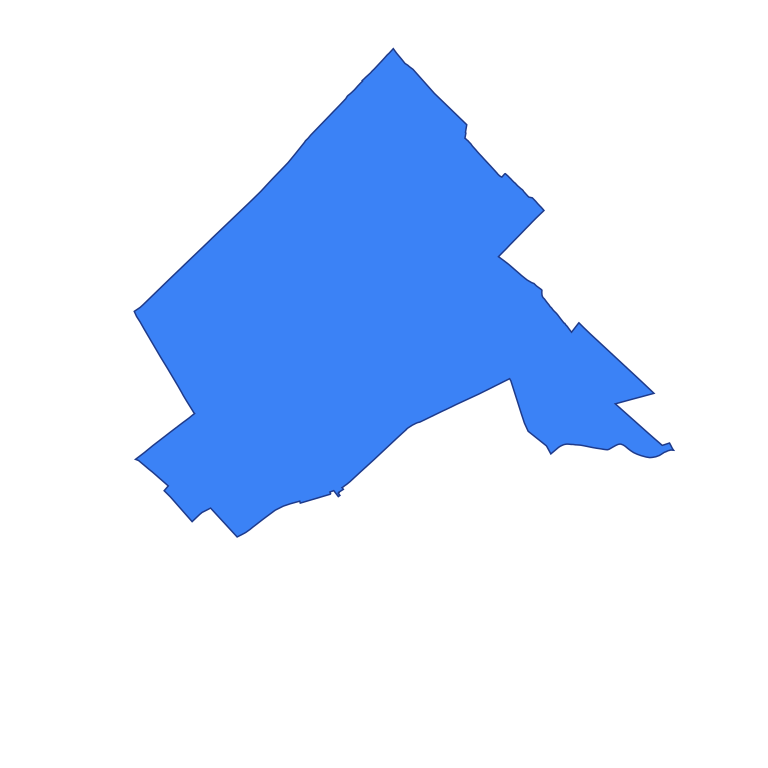 Tulucesti, Galati, Romania (Albers equal-area conic projection), rotated 48°
{"feature_id": "2599482B61221662253348", "entity_name": "Tulucesti", "entity_type": "district", "adm_level": 2, "iso_a3": "ROU", "parent_name": "Romania", "parent_adm1": "Galati", "projection": "albers", "projection_center": [28.035, 45.59], "detail": "fine", "context": "isolated", "style": "filled", "palette": "blue", "viewbox_px": 768, "rotation_deg": 48, "n_neighbors": 0, "source": "geoboundaries", "source_scale": "gbopen_adm2", "svg_char_len": 4178}
<svg xmlns="http://www.w3.org/2000/svg" viewBox="0 0 768 768"><g transform="rotate(48 384 384)"><path d="M547.6,306.8L547.6,306.1L547.7,303.8L547.8,300.4L547.9,296.8L548.2,294.7L548.8,292.6L549.4,290.9L550.2,289.5L551.1,288.2L552.7,286.6L553.9,285.6L555.5,283.9L557.3,282.4L558.5,281.2L560.8,279.0L563.5,276.9L566.6,274.6L570.8,271.5L574.1,268.9L577.7,265.9L579.4,264.6L580.7,263.5L581.8,262.5L582.6,261.6L583.1,260.4L583.4,259.0L584.1,255.7L584.8,252.7L585.5,250.5L586.4,249.0L587.3,248.1L589.5,247.0L591.8,246.4L595.4,245.9L598.6,245.3L602.0,244.4L605.5,242.9L609.4,240.8L613.6,238.1L616.5,235.8L618.1,233.7L620.0,230.6L621.4,227.1L621.7,225.4L622.1,223.0L622.3,221.5L623.0,219.8L623.6,217.7L625.0,215.0L627.0,213.1L626.0,213.0L624.7,212.8L621.8,212.0L618.9,211.3L615.8,218.3L603.7,219.8L598.5,220.4L553.5,225.4L561.6,209.3L565.8,201.1L571.6,189.6L555.1,190.9L484.7,197.2L476.2,197.8L468.9,198.2L468.9,198.4L471.0,210.0L465.5,209.5L464.0,209.3L462.8,209.3L461.9,209.4L461.6,209.3L461.2,209.3L460.2,209.1L459.8,209.1L459.4,209.4L458.4,209.4L456.6,209.3L452.6,209.0L451.4,208.9L449.5,208.7L448.0,208.6L446.2,208.6L445.0,208.7L443.7,208.8L442.7,208.8L441.4,208.8L440.1,208.6L438.9,208.6L437.4,208.8L436.4,208.5L432.5,208.3L428.4,207.9L427.9,207.9L426.2,208.0L425.0,207.7L423.8,207.2L421.7,205.6L420.0,203.9L419.3,203.8L413.1,205.1L409.6,205.3L408.6,205.9L407.3,206.5L403.8,207.6L402.7,208.0L401.4,208.2L400.4,208.4L395.4,209.2L378.4,211.3L370.4,212.8L369.7,213.0L367.4,213.4L366.0,213.8L365.9,212.9L365.5,206.4L365.4,203.7L364.9,197.8L363.9,181.8L363.4,174.9L363.1,169.5L362.8,165.7L362.5,160.5L362.1,149.0L357.9,148.9L356.4,149.0L352.7,149.1L349.9,149.0L344.9,149.2L342.0,151.3L340.4,151.4L334.2,151.4L333.5,151.2L332.5,151.2L331.6,151.3L330.8,151.5L325.9,152.1L322.5,152.1L321.7,152.3L320.9,152.4L320.6,152.4L318.6,152.5L316.2,152.5L315.3,152.6L313.5,152.7L312.6,152.7L310.7,152.9L308.9,153.1L308.6,153.7L309.1,157.9L309.0,158.1L306.7,158.8L304.2,159.0L303.1,158.9L302.1,158.9L300.8,158.9L297.7,158.9L290.2,159.0L284.1,159.1L280.7,159.1L277.2,159.2L275.6,159.2L273.5,159.2L271.9,159.1L270.2,159.1L269.7,159.1L268.8,159.1L268.2,159.1L267.5,159.1L266.8,159.1L266.2,159.1L265.7,159.0L265.1,159.0L264.7,158.9L264.3,158.8L263.7,158.8L262.9,158.8L260.1,158.9L259.5,158.8L258.0,159.1L256.5,159.2L255.9,159.2L255.5,159.4L252.3,155.2L251.6,155.2L246.7,149.0L220.5,150.8L201.7,152.1L169.6,151.9L165.1,152.8L163.1,153.0L159.8,153.9L155.1,153.6L146.7,153.3L141.0,152.7L141.3,155.9L141.6,159.0L141.6,161.3L142.3,167.8L143.4,180.5L143.5,183.5L143.8,185.8L143.8,190.4L143.8,192.5L143.9,194.5L143.9,197.3L144.6,197.4L144.7,200.4L145.0,204.1L145.3,206.5L145.6,209.2L145.7,214.5L145.6,216.2L145.5,218.0L145.7,219.2L146.4,221.5L147.2,231.5L147.7,239.4L148.3,247.5L150.0,272.0L150.6,276.0L150.7,279.7L151.1,280.9L151.3,282.0L153.6,296.0L155.3,307.2L156.9,329.6L157.7,338.8L158.4,346.4L158.8,355.6L159.1,363.4L159.6,380.4L160.1,397.6L160.6,414.5L160.8,418.7L161.8,451.1L162.5,472.7L163.9,510.6L163.9,514.0L162.9,521.0L168.3,522.7L174.6,523.7L182.2,525.4L214.9,532.1L227.8,534.5L247.8,538.5L254.7,540.0L257.6,540.7L258.0,540.8L264.1,542.0L274.7,543.9L276.9,544.3L277.8,544.5L279.2,544.5L279.0,547.3L278.8,551.8L278.0,560.0L276.8,574.6L276.2,582.7L275.1,597.0L274.6,607.9L273.7,619.1L276.6,617.6L289.7,615.8L294.5,615.0L303.0,614.0L313.8,612.7L315.4,612.5L316.2,618.8L325.0,618.3L357.9,618.7L357.6,608.0L357.7,606.2L357.7,605.2L360.2,595.9L360.6,595.9L370.7,595.8L389.0,595.6L399.4,595.5L401.0,589.5L401.8,586.2L402.3,582.0L402.4,581.3L402.6,577.2L403.6,564.1L403.9,560.7L405.0,549.2L407.4,540.5L410.3,533.8L414.7,525.0L416.5,525.9L429.9,497.8L429.8,497.1L428.1,496.5L429.6,492.7L437.1,493.3L437.3,491.3L434.5,491.1L434.7,490.1L434.2,490.0L435.1,484.7L432.9,484.5L433.1,483.9L433.3,481.0L433.6,478.9L433.8,474.6L433.6,460.1L433.5,442.1L432.9,411.6L432.8,403.6L432.8,397.9L432.6,397.8L432.7,395.6L433.5,390.6L434.6,386.5L435.2,384.8L436.3,382.8L442.8,360.3L443.6,357.6L444.3,355.4L447.3,345.0L447.8,343.3L455.0,320.0L464.1,287.1L466.5,287.6L486.9,296.8L497.9,301.8L502.5,303.8L507.0,305.8L515.6,308.5L538.6,304.7L540.1,305.0L547.6,306.8Z" fill="#3b82f6" stroke="#1e3a8a" stroke-width="1.5"/></g></svg>